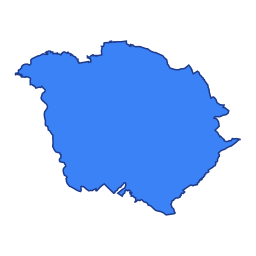 outline of Pausesti, Vâlcea, Romania
{"feature_id": "2599482B2122771532441", "entity_name": "Pausesti", "entity_type": "district", "adm_level": 2, "iso_a3": "ROU", "parent_name": "Romania", "parent_adm1": "Vâlcea", "projection": "natural_earth1", "projection_center": [24.126, 45.067], "detail": "fine", "context": "isolated", "style": "filled", "palette": "blue", "viewbox_px": 256, "rotation_deg": 0, "n_neighbors": 0, "source": "geoboundaries", "source_scale": "gbopen_adm2", "svg_char_len": 5657}
<svg xmlns="http://www.w3.org/2000/svg" viewBox="0 0 256 256"><path d="M240.6,139.5L238.3,138.9L236.0,138.6L234.1,138.9L232.3,138.5L231.9,139.5L230.9,140.7L229.1,140.7L227.4,141.6L224.9,141.2L224.0,140.5L224.1,139.5L222.6,138.4L220.5,136.2L219.8,136.7L217.5,132.4L215.1,130.4L215.2,130.1L219.2,126.2L218.6,122.2L217.7,120.3L216.4,118.8L213.9,118.1L215.2,116.5L215.9,116.7L219.9,116.7L223.4,115.1L225.7,114.8L228.0,113.3L228.8,110.8L224.5,107.5L223.2,107.5L224.1,105.0L222.2,105.0L219.8,104.6L217.0,102.6L216.0,99.6L214.5,97.7L213.5,97.0L212.3,97.2L210.9,98.1L209.3,92.2L209.1,89.9L208.1,87.2L207.9,85.3L207.5,84.5L206.8,84.2L206.7,83.5L204.5,80.5L204.3,79.6L203.3,79.2L203.3,78.2L201.8,76.9L201.2,76.0L199.9,74.9L199.4,74.0L199.4,73.5L198.9,72.4L197.5,71.2L193.3,73.8L191.6,69.9L191.9,69.8L190.6,67.5L188.8,65.1L184.8,68.3L183.0,68.8L180.5,68.9L179.6,69.5L177.4,69.8L175.1,69.6L170.2,68.1L169.8,67.7L168.3,64.9L167.4,64.2L167.4,62.3L166.8,60.9L166.8,59.8L164.3,57.7L162.7,55.7L155.7,52.6L153.6,52.3L150.7,51.1L147.6,48.8L146.2,48.7L141.5,47.2L140.4,46.6L138.6,46.7L137.9,46.5L135.9,46.8L133.2,45.9L133.2,45.2L130.8,44.5L130.7,46.3L129.6,46.1L129.6,45.2L128.6,44.9L126.6,43.8L126.4,43.3L126.4,41.1L120.4,41.8L117.2,41.7L114.4,42.2L114.5,41.8L111.5,42.2L111.5,41.2L110.0,41.4L110.0,41.8L109.7,41.9L109.8,42.4L104.3,42.8L103.9,43.3L104.1,44.6L103.4,46.3L101.5,46.4L102.1,47.4L102.1,47.8L101.4,50.8L101.8,54.8L99.2,55.4L96.7,55.7L96.7,56.0L96.0,56.0L96.0,55.5L93.3,55.7L93.4,55.0L92.6,54.8L91.9,55.4L90.8,55.9L89.9,57.0L89.3,57.3L88.4,57.0L87.4,56.2L87.4,57.7L89.1,58.3L89.8,58.8L90.3,58.7L90.8,60.6L90.7,60.7L90.8,61.9L88.8,62.4L88.6,61.5L79.0,63.2L79.0,62.3L77.7,61.4L78.1,60.2L78.0,59.3L76.8,59.1L76.6,58.4L75.5,57.5L75.5,57.0L73.5,56.2L72.9,55.6L72.9,55.3L71.9,54.7L71.1,55.0L71.4,54.5L71.3,54.1L68.6,53.1L68.0,52.2L67.6,52.3L67.3,53.1L67.0,53.2L64.7,52.0L63.4,52.0L62.6,52.6L62.4,53.2L61.5,53.4L61.3,54.7L60.7,54.8L59.4,54.1L57.9,54.1L57.6,53.1L57.2,52.9L57.0,53.0L57.1,53.5L56.9,53.7L56.2,53.7L55.2,53.3L53.4,53.8L52.9,53.6L53.0,52.9L52.4,52.5L52.6,52.0L51.8,52.0L50.9,52.4L50.8,51.4L50.5,51.2L48.5,51.1L47.6,51.8L47.1,51.5L45.6,52.5L47.8,53.8L47.5,54.4L45.7,54.4L43.0,53.8L40.0,55.5L37.5,56.1L32.1,58.7L30.8,60.0L31.0,63.3L30.7,64.0L29.7,65.0L29.3,65.1L28.3,64.4L27.2,64.1L25.3,64.2L23.4,64.8L21.8,66.2L21.6,66.6L21.6,68.0L21.0,68.3L20.0,69.5L18.6,70.0L18.4,70.5L18.5,71.9L18.3,72.5L17.7,73.0L15.8,73.2L15.4,73.8L15.6,74.8L15.8,74.8L16.4,73.8L16.6,73.7L17.9,74.6L19.0,73.8L20.0,74.4L20.9,74.5L20.0,75.1L21.9,75.7L21.1,76.5L21.3,76.9L25.2,77.2L26.3,77.0L26.3,76.6L26.9,76.6L28.8,77.4L30.0,78.0L30.6,78.7L30.2,80.3L30.3,84.6L30.8,84.4L31.8,84.5L32.6,85.2L33.3,85.4L34.0,86.1L34.3,86.0L35.3,87.0L35.8,88.1L38.8,87.3L39.8,87.2L40.7,87.5L41.8,86.4L42.9,87.8L45.2,89.7L45.1,91.0L44.6,91.9L42.9,93.1L42.3,93.8L41.1,97.8L41.3,98.8L41.7,99.7L42.3,99.9L42.7,100.9L43.8,101.5L44.6,102.6L45.7,103.3L46.7,104.4L47.4,105.9L47.4,107.5L47.2,108.3L46.3,109.3L45.8,110.5L44.8,111.5L44.5,112.5L44.3,114.6L44.5,117.0L45.4,120.7L45.3,123.7L45.4,125.1L45.7,125.6L47.7,126.4L48.3,129.3L48.2,129.8L49.8,130.9L51.7,133.9L53.0,135.5L52.8,137.2L53.1,142.6L52.7,146.4L54.2,149.7L55.7,151.8L57.5,152.5L59.6,152.7L60.3,154.4L61.0,154.6L60.8,155.8L61.0,157.6L60.0,158.4L59.5,159.2L59.4,159.9L59.6,161.2L59.9,161.6L60.6,161.9L64.4,162.7L64.7,164.0L65.2,164.5L65.7,165.5L65.7,166.3L64.2,167.6L63.3,169.1L63.2,171.4L64.2,174.9L64.7,175.4L66.0,176.0L66.9,177.0L66.9,177.6L66.0,178.7L66.5,179.8L66.3,181.0L66.7,181.7L67.1,183.3L69.5,186.3L71.1,186.8L76.9,190.2L79.2,191.2L80.5,191.5L81.1,190.7L81.2,189.6L81.0,189.1L80.9,186.7L81.9,186.3L82.5,186.7L83.8,186.8L86.2,189.0L88.8,190.8L90.7,190.4L92.3,190.6L93.7,189.7L96.0,188.7L96.3,189.6L95.9,190.6L96.8,190.8L99.7,187.6L102.1,185.4L103.8,184.3L104.2,183.9L113.8,193.3L114.9,192.7L115.2,191.4L117.0,190.4L118.6,187.9L120.7,187.1L121.0,186.8L121.6,186.0L121.6,185.6L122.8,184.7L123.3,183.7L124.3,182.8L125.4,183.0L125.8,184.3L125.1,187.6L122.1,189.6L117.8,193.2L122.2,196.2L123.3,194.0L124.7,192.9L124.9,191.4L125.7,190.2L126.5,189.9L127.1,190.7L128.0,190.8L128.5,190.1L129.6,190.2L129.9,190.4L130.1,191.4L129.8,192.8L130.1,193.3L130.2,193.8L130.8,193.9L131.0,192.2L131.6,192.4L131.6,193.2L131.0,194.5L131.3,194.9L131.2,196.2L133.1,196.0L133.4,196.6L134.5,197.6L135.6,197.9L135.7,199.8L136.0,200.3L134.9,201.9L135.0,202.1L135.9,201.7L137.9,200.0L139.9,200.6L141.4,199.6L141.8,199.6L143.9,201.9L146.4,202.5L147.7,203.7L148.1,205.1L150.7,205.8L155.0,209.9L156.5,210.7L160.7,211.6L163.4,212.8L166.2,214.9L174.1,213.7L174.9,213.3L175.1,212.9L174.9,212.5L174.4,211.9L173.9,209.6L173.5,208.8L171.8,207.2L171.6,206.0L170.9,204.6L170.8,204.3L171.4,203.5L171.7,202.0L172.1,201.2L172.0,200.9L173.6,200.2L173.9,199.5L175.4,198.3L176.3,197.9L177.6,198.0L179.9,197.2L180.2,196.7L180.1,195.7L181.0,195.4L180.8,194.9L181.7,193.2L182.5,193.4L182.9,193.2L183.4,193.4L184.7,192.0L182.9,190.3L188.1,186.6L190.8,185.0L191.6,185.1L192.4,185.6L193.4,185.7L194.2,184.9L195.5,185.1L196.0,184.7L197.0,184.8L197.4,184.5L197.4,183.2L198.7,182.4L199.0,181.4L199.6,181.0L199.5,180.2L199.9,179.9L200.9,180.0L200.8,179.2L202.0,179.3L202.1,178.7L201.9,178.0L203.5,177.3L203.7,176.5L204.7,175.7L204.6,174.8L205.7,173.9L206.1,172.9L207.7,172.5L208.7,171.8L208.7,171.3L208.3,170.8L208.3,170.1L213.1,167.0L213.8,166.2L215.0,165.7L215.3,165.3L215.9,163.2L215.6,162.3L215.9,161.9L217.1,161.7L217.6,160.5L217.4,159.3L217.8,158.8L218.4,157.1L219.2,156.5L219.4,154.8L218.4,153.1L218.7,152.5L219.8,151.9L220.5,151.0L222.3,150.1L225.0,149.1L227.0,147.7L229.0,146.7L231.2,146.0L236.1,142.3L238.1,140.3L238.9,139.8L240.6,139.5Z" fill="#3b82f6" stroke="#1e3a8a" stroke-width="1.5"/></svg>